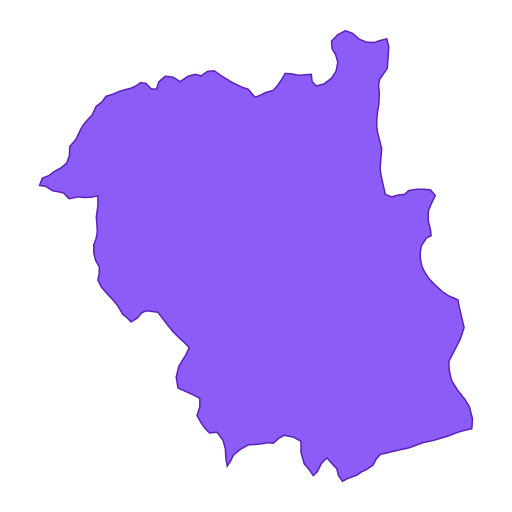 the district of Biguaçu, Santa Catarina, Brazil
{"feature_id": "56859067B16833373833588", "entity_name": "Biguaçu", "entity_type": "district", "adm_level": 2, "iso_a3": "BRA", "parent_name": "Brazil", "parent_adm1": "Santa Catarina", "projection": "natural_earth1", "projection_center": [-48.699, -27.432], "detail": "fine", "context": "isolated", "style": "filled", "palette": "violet", "viewbox_px": 512, "rotation_deg": 0, "n_neighbors": 0, "source": "geoboundaries", "source_scale": "gbopen_adm2", "svg_char_len": 2631}
<svg xmlns="http://www.w3.org/2000/svg" viewBox="0 0 512 512"><path d="M227.2,466.1L230.6,461.0L233.3,455.3L240.5,449.2L248.5,444.8L254.6,444.5L261.8,443.8L267.6,442.7L273.2,443.2L279.1,438.1L284.2,435.3L293.7,437.2L301.0,441.3L301.0,452.2L304.2,463.8L309.1,469.5L313.3,475.6L317.5,471.5L321.5,463.2L327.0,457.9L332.8,464.6L336.8,468.7L338.5,475.6L342.5,481.3L348.2,478.2L356.9,475.2L361.1,472.1L366.6,469.5L373.0,465.1L376.4,458.8L380.4,454.3L386.1,453.1L392.6,451.5L399.0,450.0L409.2,447.8L422.8,442.7L433.1,440.5L448.4,436.0L457.9,432.2L465.1,430.2L471.8,428.7L472.5,418.8L469.4,406.8L464.6,399.0L457.4,389.9L451.5,380.3L449.2,370.2L448.9,361.3L460.4,338.8L464.1,327.6L461.3,315.9L459.1,306.3L457.9,299.8L448.2,295.6L442.6,291.8L435.1,285.1L429.4,279.1L425.0,272.7L421.9,266.4L420.3,258.1L420.3,252.0L421.4,245.7L426.6,237.8L431.1,235.8L430.4,229.5L428.2,220.6L428.4,210.8L431.4,203.5L435.3,195.6L430.4,189.8L423.5,189.3L417.2,189.2L408.6,190.6L404.6,194.4L398.2,195.0L391.7,196.9L385.3,194.3L381.1,175.8L380.1,168.9L380.6,161.9L381.7,148.9L379.3,139.1L377.8,133.6L376.7,126.1L376.9,118.1L377.5,112.1L378.9,103.6L379.3,92.7L378.6,85.4L379.4,79.7L382.8,74.9L387.3,68.3L388.3,54.2L388.8,46.7L386.8,38.8L379.9,40.6L374.1,42.5L366.5,42.2L359.1,39.1L352.5,33.3L345.4,30.7L337.5,34.9L331.5,41.2L332.1,48.7L335.7,54.8L337.8,62.3L336.0,71.4L331.3,78.3L324.2,83.8L316.3,86.0L312.1,81.6L311.3,74.3L303.7,74.9L298.4,75.3L292.0,73.9L285.2,73.4L282.3,78.5L277.6,85.4L273.1,90.5L265.5,92.5L260.3,95.3L255.0,97.2L248.2,89.2L242.9,87.6L238.2,85.4L231.3,81.9L221.7,76.1L214.3,70.8L207.4,71.4L201.1,75.9L195.3,74.3L188.0,76.2L180.3,81.6L173.0,77.2L165.3,76.2L158.8,81.9L156.4,89.2L151.2,88.9L146.0,83.4L140.4,82.6L136.5,85.6L131.5,88.0L125.4,89.6L119.1,91.5L112.6,94.3L106.0,96.3L102.0,101.9L96.2,106.3L92.1,115.0L86.5,121.0L82.6,126.0L79.9,131.0L76.0,139.3L69.7,146.6L69.5,155.3L66.8,163.0L60.8,168.0L54.2,171.5L49.0,175.6L42.4,178.1L39.5,185.5L45.7,186.3L52.7,190.8L58.6,191.8L63.7,193.0L69.0,198.7L77.9,196.9L84.5,197.5L91.0,197.2L97.9,195.9L97.9,205.8L96.3,216.9L96.9,224.5L97.3,231.8L96.0,239.0L93.7,244.9L93.9,253.6L95.5,260.1L99.4,267.0L99.2,273.4L97.9,280.0L101.1,286.7L107.0,293.6L113.7,300.7L118.1,306.3L122.9,314.4L127.0,317.7L131.0,321.9L137.3,318.1L141.8,312.7L146.4,310.8L151.4,311.4L157.8,312.2L163.8,320.0L168.2,325.8L173.1,331.8L179.4,338.1L183.8,342.0L189.3,347.7L185.4,355.8L182.0,361.0L178.8,366.5L176.2,377.2L178.0,388.0L194.6,395.5L199.8,398.4L199.8,406.8L197.0,415.6L200.9,422.5L205.3,428.7L209.6,433.0L217.0,432.2L223.0,440.3L225.3,448.4L225.9,458.4L227.2,466.1Z" fill="#8b5cf6" stroke="#5b21b6" stroke-width="1.5"/></svg>